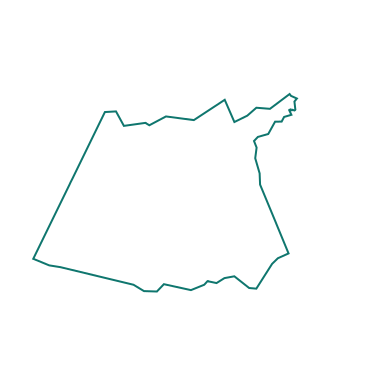 Moore, North Carolina, United States of America (orthographic projection), rotated 297°
{"feature_id": "52423323B34987104881159", "entity_name": "Moore", "entity_type": "district", "adm_level": 2, "iso_a3": "USA", "parent_name": "United States of America", "parent_adm1": "North Carolina", "projection": "orthographic", "projection_center": [-79.387, 35.281], "detail": "fine", "context": "isolated", "style": "outline", "palette": "teal", "viewbox_px": 384, "rotation_deg": 297, "n_neighbors": 0, "source": "geoboundaries", "source_scale": "gbopen_adm2", "svg_char_len": 1082}
<svg xmlns="http://www.w3.org/2000/svg" viewBox="0 0 384 384"><g transform="rotate(297 192 192)"><path d="M60.4,80.9L61.8,98.1L65.4,109.2L65.4,109.3L82.8,182.0L81.9,194.2L87.4,205.9L97.1,208.8L104.1,235.6L114.9,245.0L119.6,246.3L119.8,246.5L119.9,246.8L119.8,247.0L119.8,247.3L120.0,247.4L120.0,247.5L119.9,247.6L120.1,248.2L122.0,255.2L130.0,260.0L136.1,268.0L132.4,286.5L135.1,293.2L164.4,296.0L172.0,298.6L181.1,305.9L202.0,281.5L202.2,281.3L202.8,280.6L229.5,249.3L239.3,243.8L250.8,233.0L260.9,229.4L265.6,224.1L271.0,225.7L278.3,233.6L292.4,234.1L295.4,239.9L300.7,240.0L305.9,245.5L309.1,241.4L309.5,241.5L309.7,241.9L309.9,242.1L310.3,242.4L310.2,242.5L309.7,243.0L310.2,244.0L310.9,244.3L311.1,246.1L311.2,246.3L311.7,246.6L312.3,246.7L319.1,242.2L322.9,243.0L322.6,236.5L323.6,234.5L301.5,223.7L296.3,211.1L285.1,206.6L273.6,198.0L289.0,179.3L256.9,161.0L247.5,134.5L232.1,123.7L232.4,119.3L232.5,119.3L232.5,119.2L220.0,101.3L229.3,87.7L223.7,78.1L211.4,78.3L149.6,79.4L145.4,79.4L143.3,79.5L77.4,80.6L60.4,80.9Z" fill="none" stroke="#0f766e" stroke-width="2"/></g></svg>